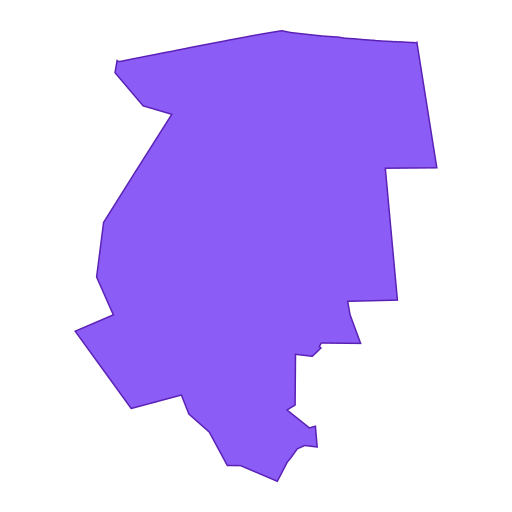 Uchkuduk, Navoi, Uzbekistan (Mercator projection)
{"feature_id": "79887680B40306907655933", "entity_name": "Uchkuduk", "entity_type": "district", "adm_level": 2, "iso_a3": "UZB", "parent_name": "Uzbekistan", "parent_adm1": "Navoi", "projection": "mercator", "projection_center": [63.246, 42.277], "detail": "fine", "context": "isolated", "style": "filled", "palette": "violet", "viewbox_px": 512, "rotation_deg": 0, "n_neighbors": 0, "source": "geoboundaries", "source_scale": "gbopen_adm2", "svg_char_len": 1211}
<svg xmlns="http://www.w3.org/2000/svg" viewBox="0 0 512 512"><path d="M277.3,481.3L287.3,462.1L291.0,457.6L297.3,448.8L304.8,445.5L317.2,447.0L315.4,426.2L309.4,427.9L287.0,410.0L295.1,405.0L295.5,354.3L312.3,356.3L320.9,348.0L319.3,346.3L321.4,343.0L360.6,343.4L350.0,314.6L347.7,301.3L397.4,300.1L385.3,168.2L436.8,167.8L416.9,42.5L416.6,42.8L412.7,42.5L411.0,42.5L399.7,41.8L398.4,41.9L396.4,41.7L393.9,41.7L393.0,41.6L392.5,41.6L392.1,41.5L381.3,41.0L379.5,40.8L375.8,40.7L374.2,40.3L372.9,40.3L361.7,39.5L360.0,39.3L354.5,38.8L344.7,38.2L338.5,37.1L323.2,36.1L308.2,34.5L305.5,34.2L298.2,33.4L290.4,32.5L282.3,30.8L281.4,30.7L280.3,31.0L279.9,31.0L265.5,33.4L260.8,34.2L249.4,36.2L246.8,36.8L235.8,38.8L233.9,39.2L228.7,40.1L224.0,41.1L212.3,43.3L204.5,44.8L193.5,46.9L188.8,47.8L186.4,48.4L175.0,50.6L173.6,51.0L168.0,52.0L166.0,52.3L165.6,52.4L157.1,54.1L155.0,54.6L151.0,55.3L143.4,56.8L138.5,57.8L132.7,58.9L120.0,61.5L119.9,61.5L117.9,61.3L117.1,60.6L115.0,72.7L143.2,105.9L171.8,114.3L134.8,172.7L103.6,222.4L96.6,277.0L111.4,310.5L113.4,314.8L75.2,331.2L131.2,408.5L181.4,395.0L188.9,414.1L209.3,432.1L227.3,465.5L240.5,465.6L277.3,481.3Z" fill="#8b5cf6" stroke="#5b21b6" stroke-width="1.5"/></svg>